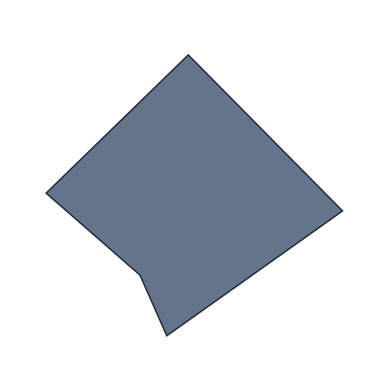 the district of 46, Ad Dawhah, Qatar, rotated 347°
{"feature_id": "91078587B47528801235686", "entity_name": "46", "entity_type": "district", "adm_level": 2, "iso_a3": "QAT", "parent_name": "Qatar", "parent_adm1": "Ad Dawhah", "projection": "equal_earth", "projection_center": [51.544, 25.231], "detail": "fine", "context": "isolated", "style": "filled", "palette": "slate", "viewbox_px": 384, "rotation_deg": 347, "n_neighbors": 0, "source": "geoboundaries", "source_scale": "gbopen_adm2", "svg_char_len": 262}
<svg xmlns="http://www.w3.org/2000/svg" viewBox="0 0 384 384"><g transform="rotate(347 192 192)"><path d="M219.2,57.6L218.7,57.9L218.2,58.2L49.6,160.3L122.6,261.3L135.1,326.4L334.4,244.3L219.2,57.6Z" fill="#64748b" stroke="#1e293b" stroke-width="1.5"/></g></svg>